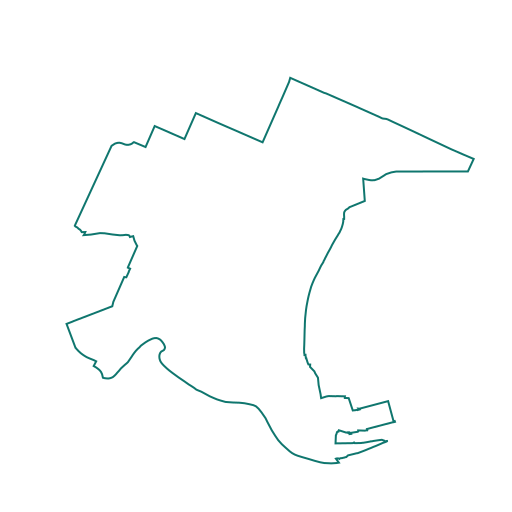 the district of Melbourne, Victoria, Australia, rotated 286°
{"feature_id": "25037944B74771981745191", "entity_name": "Melbourne", "entity_type": "district", "adm_level": 2, "iso_a3": "AUS", "parent_name": "Australia", "parent_adm1": "Victoria", "projection": "mercator", "projection_center": [144.943, -37.813], "detail": "fine", "context": "isolated", "style": "outline", "palette": "teal", "viewbox_px": 512, "rotation_deg": 286, "n_neighbors": 0, "source": "geoboundaries", "source_scale": "gbopen_adm2", "svg_char_len": 6027}
<svg xmlns="http://www.w3.org/2000/svg" viewBox="0 0 512 512"><g transform="rotate(286 256 256)"><path d="M80.2,392.6L83.2,388.7L83.6,389.3L84.1,390.7L84.1,391.5L83.9,392.1L84.5,392.4L84.9,393.0L85.2,393.6L85.3,394.2L86.1,395.5L86.6,396.5L87.2,397.3L87.6,398.2L89.7,399.4L90.0,399.9L92.6,404.5L94.0,406.9L94.5,408.1L95.4,409.3L98.7,413.7L99.7,415.0L100.5,416.0L101.8,417.6L103.3,419.6L104.9,421.5L106.3,423.4L108.1,425.6L109.9,427.8L111.2,429.3L112.8,431.6L113.8,432.8L114.1,433.0L114.3,432.9L114.2,432.6L113.4,431.6L113.4,431.2L113.6,431.0L113.7,430.7L113.9,430.0L113.9,429.1L114.0,427.6L112.4,423.9L110.4,419.5L110.2,419.2L109.7,418.3L109.6,417.6L109.3,417.2L109.1,416.9L108.9,416.4L108.6,415.9L108.4,415.4L108.0,414.7L107.7,414.1L105.9,410.3L105.8,409.8L105.2,408.6L103.3,402.5L103.3,402.0L103.7,401.6L102.8,400.7L97.8,384.1L105.7,382.2L106.2,382.3L106.9,382.4L107.3,382.4L108.2,382.4L109.2,382.5L109.5,383.1L109.8,383.2L110.2,383.3L110.2,383.7L111.3,383.7L111.3,384.9L111.1,391.4L111.5,392.2L111.4,392.2L111.3,393.2L111.6,393.3L111.8,393.2L112.2,394.3L111.6,394.6L110.6,395.0L111.3,396.6L111.5,396.5L112.3,396.3L115.1,402.3L115.6,402.6L116.5,402.3L118.1,408.7L119.2,410.9L119.2,411.0L119.4,411.0L120.3,410.4L126.3,420.5L134.4,434.2L134.3,434.3L134.9,435.3L135.6,434.8L135.0,433.8L152.9,423.0L137.7,397.5L137.6,396.9L137.0,397.8L136.0,396.2L136.3,396.0L135.2,394.1L134.2,391.6L144.9,384.3L144.9,384.1L144.0,380.5L145.4,380.1L145.6,380.1L144.7,376.7L143.6,372.3L143.2,371.5L141.7,365.7L141.5,364.8L141.2,364.1L141.0,363.6L140.7,363.1L140.5,362.6L137.3,357.8L137.9,357.5L140.9,356.2L149.2,351.8L156.1,349.1L159.5,345.3L161.2,343.9L164.3,338.5L166.6,338.0L166.2,336.3L167.1,335.5L168.8,334.3L169.5,333.9L170.5,333.2L171.5,332.6L171.4,332.2L171.9,331.9L172.6,331.7L174.2,330.9L174.6,330.8L174.2,329.9L174.8,329.7L176.2,329.0L177.5,328.6L180.1,327.8L183.8,326.9L188.9,325.6L198.5,323.1L201.9,322.3L204.5,321.6L207.1,321.0L209.7,320.4L211.9,320.0L214.2,319.6L218.2,318.9L222.0,318.4L227.5,317.9L230.2,317.7L232.0,317.6L235.4,317.5L240.2,317.5L241.8,317.5L245.3,317.8L248.6,318.2L251.2,318.6L259.0,320.3L263.3,321.0L264.9,321.3L266.2,321.7L267.6,322.1L268.6,322.4L268.9,322.4L269.5,322.4L270.0,322.5L271.7,322.9L272.7,323.0L274.5,323.4L278.7,324.2L282.9,325.2L285.3,325.7L286.6,325.9L287.7,326.1L293.5,327.5L296.3,328.3L298.0,328.8L300.4,329.4L301.5,329.8L303.0,330.0L305.2,330.4L306.1,330.5L308.0,330.6L309.7,330.6L310.6,330.6L313.0,330.4L314.7,330.0L315.7,329.8L315.9,330.5L316.3,330.4L317.8,330.0L319.5,329.4L320.5,329.1L321.8,328.8L322.8,328.8L323.1,328.9L323.6,329.0L324.1,329.2L325.2,329.7L327.0,331.4L328.7,332.4L338.9,345.4L359.9,337.7L359.9,339.0L360.1,341.9L360.2,343.4L360.3,344.2L360.4,344.9L360.5,345.7L360.7,346.4L360.9,347.1L361.2,347.9L361.4,348.6L361.7,349.3L362.2,350.0L363.0,351.2L363.5,351.8L363.9,352.5L364.4,353.1L365.0,353.6L368.0,356.3L368.2,356.5L370.2,358.2L370.6,358.6L370.9,359.0L373.5,362.8L373.7,363.1L373.9,363.5L375.7,367.2L375.9,367.7L376.1,368.4L395.7,436.4L409.3,438.5L410.7,427.2L412.4,414.4L416.5,389.0L418.2,378.6L421.0,361.3L422.7,350.3L423.6,345.0L423.6,344.3L423.7,343.5L423.6,343.1L423.5,342.3L423.3,341.3L423.2,340.6L423.1,339.8L423.1,339.4L423.2,338.6L423.6,336.6L424.1,333.1L425.1,326.1L426.6,315.4L427.1,312.1L431.6,278.5L431.6,276.5L436.7,239.8L432.4,239.8L414.8,237.5L413.5,237.3L411.4,237.0L407.7,236.5L405.9,236.3L403.0,235.9L367.1,231.0L373.5,182.6L375.2,170.4L376.8,158.8L348.7,155.0L353.0,122.8L330.3,119.8L331.8,107.3L331.2,106.7L330.9,106.5L330.4,106.2L330.0,105.9L329.7,105.6L329.3,105.2L328.9,104.7L328.6,104.3L328.4,103.9L328.1,103.4L327.8,102.9L327.6,102.3L327.5,101.9L327.3,101.4L327.2,100.8L327.2,100.4L327.1,99.8L327.1,99.2L327.4,95.7L327.3,94.9L327.3,94.1L327.2,93.5L327.1,93.1L326.9,92.6L326.8,92.2L326.4,91.4L326.1,90.9L325.8,90.4L325.4,89.8L324.9,89.2L324.4,88.8L322.1,86.8L236.7,73.7L235.1,73.5L234.6,74.3L234.4,75.1L234.2,76.2L234.0,76.7L233.7,77.2L233.5,77.5L233.3,78.0L233.1,78.5L233.0,79.0L232.7,79.8L232.3,80.3L231.9,80.9L231.3,81.5L231.0,81.8L230.9,81.9L231.5,83.8L232.0,85.3L229.6,85.0L228.6,84.7L231.1,91.4L235.0,99.7L236.1,104.2L236.6,108.1L237.1,112.0L238.4,119.5L239.4,122.5L240.5,125.1L240.8,126.8L240.9,127.9L240.6,128.7L239.5,129.6L240.1,130.5L241.2,132.5L237.2,135.0L233.7,138.2L232.9,139.1L209.8,136.0L209.5,136.0L209.1,138.5L206.1,138.0L205.6,138.1L199.8,137.2L199.5,135.6L199.5,135.1L172.6,131.5L168.1,131.7L152.9,111.6L143.3,98.8L142.2,97.5L138.5,92.6L118.0,107.8L118.0,108.0L117.1,109.2L116.3,110.6L115.6,111.7L115.1,112.8L114.5,113.9L114.0,115.1L113.5,116.4L113.1,117.6L112.7,118.9L112.4,120.0L112.1,121.2L111.9,122.5L111.6,124.8L111.2,128.8L110.7,131.4L105.5,130.3L105.1,131.8L105.0,132.4L104.5,133.9L104.0,135.2L103.4,136.6L102.7,137.8L101.8,139.0L100.0,140.6L96.8,142.4L96.8,142.9L96.8,143.8L97.1,145.8L97.5,147.7L98.2,149.2L99.2,150.7L100.2,151.8L101.2,152.5L102.3,153.2L104.0,154.1L105.4,154.7L108.0,156.0L110.6,157.1L112.6,158.3L115.5,160.1L117.1,161.2L118.6,162.1L121.0,162.9L122.8,163.5L124.9,164.2L126.9,164.8L129.4,165.7L131.8,166.7L134.3,168.0L136.0,169.1L138.1,170.1L139.8,171.4L142.6,173.6L145.0,175.8L146.6,177.6L148.0,179.2L149.0,180.9L149.7,182.9L149.7,184.6L149.3,186.6L148.6,188.1L147.3,190.0L145.8,191.8L144.2,193.1L143.2,193.7L141.8,193.8L140.4,193.5L139.2,192.5L138.1,191.3L136.7,190.7L135.4,190.5L134.1,190.5L132.7,190.8L131.3,191.3L130.0,192.0L128.5,193.1L127.4,194.3L126.4,195.7L125.2,197.7L123.3,201.4L122.0,204.3L120.6,207.8L119.5,210.8L118.0,214.9L115.9,221.3L114.0,226.7L113.2,229.6L112.2,232.8L111.1,235.5L110.9,237.1L110.7,238.8L110.6,240.1L110.3,241.7L109.9,243.5L108.4,250.2L107.8,254.6L107.4,258.1L107.3,261.7L107.3,266.8L107.9,269.8L108.8,274.1L110.4,280.5L111.3,285.6L111.7,290.5L111.9,294.6L111.5,297.4L109.9,300.6L107.2,304.4L102.7,309.9L99.8,312.5L92.8,319.2L88.5,324.0L85.1,328.1L82.2,332.7L80.2,336.7L77.6,342.1L76.5,345.0L75.8,348.0L75.5,351.0L75.4,356.1L75.4,362.3L75.3,369.0L75.4,374.7L75.8,378.7L76.6,382.0L77.4,385.5L79.2,390.5L80.2,392.6Z" fill="none" stroke="#0f766e" stroke-width="2"/></g></svg>